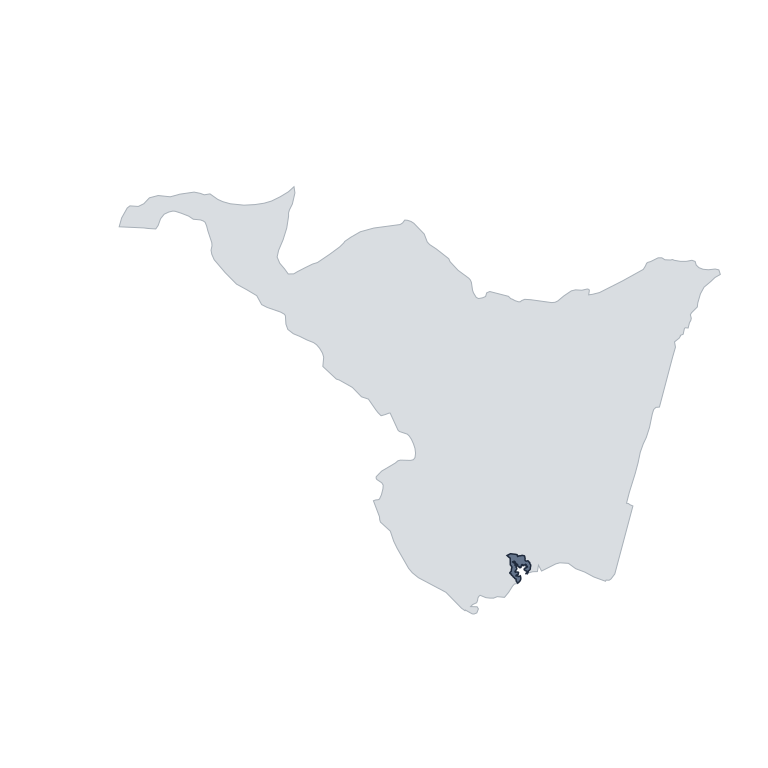 Wouri, Littoral, Cameroon (highlighted), rotated 285°
{"feature_id": "32672807B59545531100821", "entity_name": "Wouri", "entity_type": "district", "adm_level": 2, "iso_a3": "CMR", "parent_name": "Cameroon", "parent_adm1": "Littoral", "projection": "orthographic", "projection_center": [9.63, 4.004], "detail": "fine", "context": "in_parent", "style": "filled", "palette": "slate", "viewbox_px": 768, "rotation_deg": 285, "n_neighbors": 0, "source": "geoboundaries", "source_scale": "gbopen_adm2", "svg_char_len": 6457}
<svg xmlns="http://www.w3.org/2000/svg" viewBox="0 0 768 768"><g transform="rotate(285 384 384)"><path d="M186.0,520.9L187.5,516.9L198.8,497.8L205.8,467.4L209.0,460.2L212.3,455.5L228.6,439.3L234.6,434.1L243.5,428.2L249.7,416.3L251.8,415.0L254.6,414.0L268.5,404.0L269.8,405.9L270.7,408.3L271.7,409.4L276.3,410.2L282.5,410.1L286.1,409.4L288.0,407.4L289.9,401.8L291.1,400.7L292.5,400.5L299.3,404.3L310.6,415.4L313.4,417.3L314.7,419.5L317.1,429.5L318.5,432.0L321.0,433.0L325.3,432.4L329.8,430.6L333.8,428.0L337.8,424.7L340.4,421.7L341.6,419.5L342.1,411.2L343.0,409.5L357.5,397.5L357.2,396.4L354.8,393.1L352.6,389.4L354.8,385.6L357.0,382.7L365.4,372.8L365.8,365.6L372.5,354.4L376.3,339.6L376.4,336.7L385.1,320.4L394.3,318.8L397.9,316.6L401.9,312.5L404.5,308.7L405.8,305.1L406.6,298.2L408.2,290.3L409.1,283.4L411.8,277.0L416.4,273.8L424.4,271.1L425.6,269.8L426.7,265.6L427.7,251.5L429.0,245.3L436.4,238.2L439.5,227.2L442.3,215.7L450.5,201.7L460.1,187.8L464.7,184.1L468.5,182.3L472.9,182.1L475.9,181.1L486.4,174.2L490.7,171.8L493.9,169.4L494.7,167.3L495.0,164.3L493.8,157.1L495.6,151.9L496.5,143.8L496.8,137.5L496.4,135.3L494.4,131.6L491.1,127.7L485.8,125.4L478.6,124.8L474.7,123.4L473.2,116.1L472.6,111.6L467.3,87.5L476.5,87.6L487.5,90.4L490.3,92.5L491.9,100.7L496.0,105.4L503.1,109.2L507.6,117.1L509.5,129.1L513.6,136.2L514.4,137.4L520.2,150.9L520.6,157.2L520.2,161.4L522.6,166.7L519.3,175.6L518.4,181.1L518.3,188.9L520.5,202.5L523.9,212.9L527.6,221.4L531.6,228.0L538.0,235.3L544.9,241.9L551.3,246.0L545.5,248.5L534.2,248.9L527.7,247.6L524.6,247.5L521.4,248.4L509.4,249.7L497.2,249.2L485.9,247.6L479.0,247.9L473.7,252.0L469.5,258.1L465.5,263.0L467.0,268.3L470.1,271.3L476.0,277.8L481.4,284.0L484.1,288.3L494.7,297.5L504.9,305.7L509.8,308.6L511.6,309.2L517.1,313.9L524.9,321.7L532.0,333.8L542.2,358.3L544.4,360.3L547.7,361.6L548.2,364.2L548.0,368.0L547.0,371.2L539.3,384.0L532.4,389.0L530.5,392.0L528.0,399.5L521.8,414.1L519.2,416.2L513.0,426.1L508.1,438.6L506.8,440.5L504.8,442.1L497.6,445.2L495.2,446.8L491.5,450.7L491.0,453.2L492.7,456.8L494.8,459.5L498.6,459.6L500.7,462.2L500.9,481.5L499.2,484.4L499.2,485.7L498.4,489.1L498.2,492.8L498.7,494.3L500.2,495.4L502.2,498.0L503.4,504.0L506.0,524.8L507.2,528.1L509.2,530.4L515.6,534.9L522.4,540.8L524.5,544.6L525.8,550.9L528.4,555.8L528.4,557.5L527.3,558.2L523.1,558.6L524.6,562.2L528.1,568.5L545.3,587.7L561.8,604.8L565.7,606.0L568.6,606.4L569.8,607.4L571.3,609.9L576.8,616.1L577.8,619.7L576.7,623.2L577.9,628.6L578.9,630.5L578.6,632.3L579.2,638.8L580.8,644.5L583.2,649.4L582.9,652.8L579.7,654.8L577.9,658.0L577.4,662.4L578.3,667.8L580.8,674.2L580.9,677.9L576.9,680.5L572.5,676.1L567.7,673.2L560.4,668.1L553.0,666.3L543.5,666.1L539.5,666.7L532.4,662.6L530.2,662.0L527.0,663.8L524.8,663.9L522.2,663.2L516.8,663.3L516.3,660.4L515.3,659.8L509.5,660.1L507.7,657.7L506.9,657.9L504.6,657.2L499.9,653.7L495.0,656.0L484.7,655.8L433.0,656.0L431.8,652.7L429.2,651.1L424.5,650.9L410.8,651.7L400.3,651.2L393.2,649.9L384.4,649.2L373.6,649.8L362.4,649.8L342.6,649.0L331.6,649.1L331.8,651.1L331.1,652.6L330.6,656.0L260.2,656.1L254.4,653.7L252.7,652.2L252.1,649.3L250.8,649.0L251.9,636.7L254.3,626.5L255.2,617.0L258.5,608.5L256.8,600.1L254.7,596.5L244.1,584.6L249.0,580.1L242.5,580.7L241.2,576.3L238.1,571.0L240.0,570.1L241.8,567.2L247.6,568.1L247.4,566.7L242.4,562.2L242.9,560.0L245.0,557.5L244.0,556.4L240.4,559.0L237.8,558.9L235.7,557.2L234.3,557.0L235.2,560.4L233.1,563.4L231.2,564.5L228.0,564.3L225.3,563.5L224.6,561.8L222.1,560.5L215.0,558.3L209.1,555.6L207.9,548.4L205.5,545.2L204.6,541.7L204.0,537.7L204.8,531.5L203.3,530.5L201.6,530.1L199.1,530.4L196.7,530.1L193.9,526.7L191.4,525.3L192.9,531.6L191.2,533.4L186.9,532.9L185.1,530.5L184.8,528.7L186.7,521.1L186.0,520.9Z" fill="#d9dde1" stroke="#a8b0b8" stroke-width="1"/><path d="M235.2,554.9L234.5,554.4L233.9,554.5L233.4,555.3L233.3,556.2L232.6,556.4L231.8,558.1L231.1,558.8L230.7,560.0L230.0,560.6L229.7,562.1L228.0,562.6L226.2,564.7L227.9,565.8L228.9,566.3L229.3,566.4L230.3,566.6L230.9,566.6L231.5,566.5L232.6,566.1L233.9,565.4L234.0,565.3L233.3,564.7L233.1,564.1L233.1,563.9L232.9,563.9L232.8,563.5L233.1,563.3L233.1,563.1L233.3,562.4L233.1,562.0L233.0,561.8L232.7,561.3L232.8,561.1L233.1,561.1L233.5,561.2L233.6,561.4L234.0,561.7L234.3,562.0L234.2,562.2L235.1,563.0L236.1,562.7L236.3,562.7L236.6,562.8L236.8,562.7L237.0,562.2L236.7,561.0L236.7,560.5L236.4,559.8L236.2,559.6L236.6,559.1L236.9,559.1L237.1,559.1L237.2,559.4L238.1,559.6L238.4,559.7L238.6,559.7L238.9,559.9L239.5,560.1L240.0,560.1L240.5,559.8L241.1,559.4L241.6,559.3L241.7,559.2L241.6,558.9L242.2,558.9L242.6,558.3L242.8,558.2L243.2,557.7L243.1,557.3L243.9,557.4L244.4,557.1L245.1,557.0L245.2,556.8L244.9,556.4L244.8,556.0L244.8,555.7L245.1,555.3L245.4,554.2L245.5,554.2L245.6,554.5L245.3,555.4L245.4,555.6L245.7,555.6L245.5,556.0L246.5,555.7L246.5,555.8L246.2,556.3L246.2,556.6L245.8,556.8L245.1,557.6L244.6,558.4L244.4,558.5L244.2,558.7L244.2,559.0L244.3,559.6L243.9,559.9L243.5,559.6L243.4,559.6L242.6,560.8L242.2,561.7L242.3,562.1L242.1,562.2L241.8,562.2L241.7,562.4L241.9,563.3L242.1,563.6L242.4,563.8L242.6,563.7L242.8,563.7L243.2,563.5L243.5,563.7L244.9,563.7L245.0,563.8L245.3,564.0L245.4,564.4L245.4,564.9L245.1,565.1L244.7,564.9L244.5,565.0L244.4,565.2L244.5,565.5L244.8,565.9L245.0,565.9L245.2,566.2L245.5,566.4L245.5,566.5L246.2,567.3L246.5,567.5L246.2,568.1L245.7,568.0L245.4,568.0L245.1,568.3L244.9,568.6L244.9,569.0L244.9,569.3L245.0,569.6L244.4,569.9L244.3,569.7L243.8,568.9L243.4,569.0L243.3,568.9L243.4,568.7L242.7,568.2L242.0,567.7L241.6,567.3L241.4,567.3L241.1,567.5L240.9,567.5L240.6,568.2L240.2,568.9L240.2,569.0L240.3,569.6L240.2,570.3L239.9,570.6L239.6,570.8L239.5,571.1L239.3,571.3L238.8,570.9L238.6,570.8L238.4,570.9L238.5,570.7L237.8,570.1L237.7,570.1L237.5,570.3L238.9,571.9L240.7,571.9L241.4,572.3L242.4,573.0L243.3,573.2L244.2,572.9L246.4,572.8L247.4,572.4L247.9,571.7L248.4,571.2L249.0,571.1L249.3,570.9L249.5,570.5L249.5,570.0L249.9,569.7L250.1,569.5L250.4,569.1L250.4,568.6L250.2,568.1L249.9,567.8L249.7,566.9L250.0,566.1L250.6,565.7L252.3,565.4L252.8,565.0L253.4,564.7L254.0,564.5L254.4,563.9L254.3,563.0L254.3,562.0L253.9,561.1L253.5,560.6L253.3,560.0L253.1,559.5L253.0,558.8L252.4,558.4L252.0,557.7L252.6,557.3L253.1,557.0L253.6,556.7L253.5,554.8L253.3,553.7L252.8,550.1L250.2,547.2L249.2,549.0L248.4,551.0L242.0,552.8L241.4,553.9L240.6,554.4L240.3,555.0L238.3,555.0L236.9,555.2L236.1,555.4L235.2,554.9Z" fill="#64748b" stroke="#1e293b" stroke-width="1.5"/></g></svg>